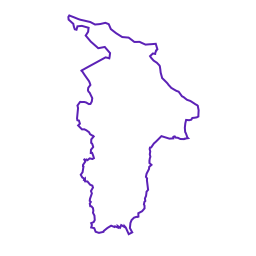 San Juan, Puerto Rico (Natural Earth projection), rotated 5°
{"feature_id": "32010507B17072559885930", "entity_name": "San Juan", "entity_type": "district", "adm_level": 2, "iso_a3": "PRI", "parent_name": "Puerto Rico", "parent_adm1": "", "projection": "natural_earth1", "projection_center": [-66.066, 18.384], "detail": "fine", "context": "isolated", "style": "outline", "palette": "violet", "viewbox_px": 256, "rotation_deg": 5, "n_neighbors": 0, "source": "geoboundaries", "source_scale": "gbopen_adm2", "svg_char_len": 3556}
<svg xmlns="http://www.w3.org/2000/svg" viewBox="0 0 256 256"><g transform="rotate(5 128 128)"><path d="M150.4,47.0L148.3,41.7L146.6,42.0L143.2,42.6L142.9,42.6L138.2,43.4L134.5,42.1L132.1,41.2L131.0,41.3L130.9,41.3L129.0,41.5L126.9,41.7L126.4,41.5L126.3,41.4L123.4,39.5L123.1,39.4L121.8,38.5L120.7,37.9L116.8,37.9L115.0,37.9L114.3,37.9L107.9,34.6L104.8,32.6L102.8,31.3L102.3,31.0L99.8,26.3L99.0,26.0L96.3,25.2L92.6,26.4L91.4,26.8L90.0,27.1L86.5,27.7L86.2,27.8L81.2,25.7L77.6,25.2L74.9,24.8L71.7,24.4L71.2,24.3L70.6,24.2L69.0,23.8L67.7,23.4L65.7,22.8L65.5,22.7L62.0,21.7L59.7,21.0L58.9,22.6L59.4,25.2L61.4,26.7L63.6,28.4L64.4,28.9L64.9,30.7L65.1,31.1L65.1,31.3L65.3,31.8L65.4,32.1L66.4,34.3L68.1,34.6L68.8,31.1L73.1,30.3L73.3,30.3L80.0,31.6L80.0,31.8L79.9,33.9L79.9,35.6L77.8,39.6L81.3,43.1L83.4,45.2L84.5,46.0L89.8,49.9L91.4,51.1L97.8,49.3L98.5,50.0L102.5,53.9L103.6,54.9L103.6,55.5L103.5,57.6L103.5,58.0L103.4,59.4L103.4,59.5L103.3,60.2L102.9,60.1L102.6,60.1L102.4,60.0L101.0,59.8L99.5,59.6L83.4,70.3L77.3,74.4L77.1,74.5L76.6,74.9L76.8,75.2L77.5,75.6L80.2,79.0L85.2,84.9L86.0,86.5L86.8,88.4L84.9,91.4L84.8,93.8L85.4,95.1L86.7,96.2L89.8,101.4L89.6,104.8L88.5,107.3L87.0,107.6L86.1,107.2L84.0,106.2L82.1,105.9L79.5,106.2L78.4,106.1L78.0,106.2L75.8,109.9L75.7,110.0L76.5,112.5L76.4,122.9L76.9,124.7L78.5,124.9L79.7,127.9L78.1,129.8L82.3,133.4L83.7,133.2L84.6,133.1L86.7,133.9L89.6,135.6L90.2,136.6L90.7,137.4L92.5,138.4L93.9,138.8L94.6,139.4L92.4,142.5L92.6,146.0L93.6,146.7L94.1,147.7L95.0,149.9L95.0,150.0L93.0,152.9L93.1,156.1L94.4,155.9L95.5,158.1L95.6,158.3L96.7,161.0L95.3,162.0L92.5,161.6L90.4,163.6L89.3,163.0L88.3,163.9L86.7,162.5L88.4,165.1L86.4,168.7L86.5,170.1L87.0,170.3L86.6,176.0L85.0,178.7L86.8,181.3L88.9,182.2L88.4,184.5L89.6,182.6L89.9,184.9L92.3,184.8L95.2,187.8L97.5,188.5L98.3,190.4L96.6,194.0L97.7,196.3L96.3,201.9L96.2,203.9L97.4,204.9L96.5,206.6L97.2,209.2L98.4,209.2L100.1,210.9L100.7,213.4L100.5,215.5L102.2,218.2L102.9,222.6L102.0,224.7L99.6,226.0L100.5,227.7L100.0,230.3L103.1,230.7L104.8,234.2L108.2,235.0L112.6,233.6L112.8,232.7L116.2,229.4L119.7,226.8L123.2,227.8L123.6,227.1L126.8,228.1L126.4,226.6L128.8,228.0L129.7,225.3L133.3,227.0L133.2,226.2L134.4,227.3L138.0,233.7L141.3,231.6L138.6,227.5L138.7,222.4L139.6,219.4L141.8,216.8L144.1,215.8L145.2,215.8L146.1,215.4L145.7,212.0L149.3,209.7L151.5,206.6L151.2,203.8L150.5,202.7L150.8,200.1L151.6,199.2L151.0,196.7L151.9,194.1L152.0,191.5L152.0,189.9L153.4,187.8L152.1,181.7L151.4,178.4L151.4,176.6L150.1,175.1L150.5,171.9L152.5,167.0L152.5,164.9L154.6,162.7L152.4,161.0L152.3,159.0L152.2,158.9L152.4,156.3L152.8,154.7L152.0,152.3L152.2,149.4L151.4,147.1L151.6,145.6L152.3,145.5L152.8,145.3L155.1,141.2L156.9,139.3L158.0,138.0L159.1,136.7L162.0,133.2L170.2,135.0L174.0,134.4L173.8,133.1L174.5,132.5L175.3,132.3L176.2,133.4L178.5,133.4L181.1,134.4L184.7,134.2L185.4,134.0L185.4,133.7L188.7,132.9L188.0,132.3L186.1,128.2L185.3,127.0L184.6,122.8L184.7,118.2L185.2,114.9L188.3,114.9L190.3,114.2L191.2,112.4L193.3,112.0L195.6,111.4L197.1,110.4L197.1,110.2L197.0,109.2L196.9,106.6L196.8,104.1L196.3,102.4L196.1,101.7L195.6,99.8L194.8,99.2L192.9,98.4L191.9,97.8L188.3,95.9L187.3,95.5L184.4,94.8L182.8,93.8L180.6,92.3L180.0,92.1L179.0,91.7L175.3,87.4L173.0,86.8L170.6,85.7L167.5,84.2L166.6,83.3L164.6,81.5L163.6,80.3L162.4,79.2L157.6,75.2L157.4,74.5L156.2,71.3L155.7,69.9L155.1,66.9L154.3,63.6L153.7,62.8L151.1,60.5L147.6,58.6L144.8,55.9L143.7,54.5L146.3,51.6L148.6,51.8L148.6,51.0L149.1,49.1L149.5,48.5L149.3,48.2L150.4,47.0Z" fill="none" stroke="#5b21b6" stroke-width="2"/></g></svg>